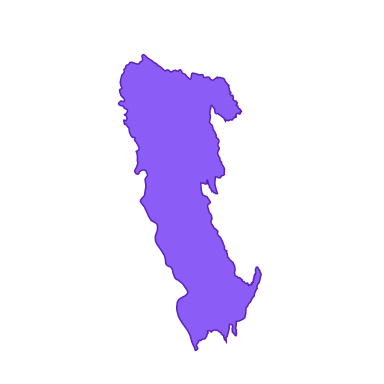 Coello, Tolima, Colombia (Natural Earth projection), rotated 142°
{"feature_id": "7082276B29903133765391", "entity_name": "Coello", "entity_type": "district", "adm_level": 2, "iso_a3": "COL", "parent_name": "Colombia", "parent_adm1": "Tolima", "projection": "natural_earth1", "projection_center": [-74.938, 4.361], "detail": "fine", "context": "isolated", "style": "filled", "palette": "violet", "viewbox_px": 384, "rotation_deg": 142, "n_neighbors": 0, "source": "geoboundaries", "source_scale": "gbopen_adm2", "svg_char_len": 6016}
<svg xmlns="http://www.w3.org/2000/svg" viewBox="0 0 384 384"><g transform="rotate(142 192 192)"><path d="M265.2,115.2L268.8,115.4L271.4,114.2L275.2,110.4L276.8,107.9L279.1,102.8L279.7,100.0L280.3,95.3L280.7,85.6L281.9,79.8L284.6,73.4L286.3,66.5L286.9,65.2L286.0,64.7L284.3,64.8L283.6,65.4L283.1,68.0L282.6,68.7L281.1,69.5L279.9,69.4L279.2,69.7L278.4,70.7L277.9,70.7L276.5,69.5L275.4,69.8L273.8,69.3L272.4,68.4L269.9,69.0L266.9,71.0L266.0,71.0L265.7,72.9L264.9,72.9L263.2,71.3L263.1,70.0L262.8,69.7L261.7,70.0L259.7,69.8L257.1,67.3L256.7,65.5L255.9,63.4L256.1,62.2L255.8,60.0L255.3,59.4L256.4,58.2L256.5,57.1L257.3,55.7L256.9,54.6L257.1,53.0L256.0,54.4L255.2,56.3L253.2,56.5L246.9,61.4L244.2,64.6L243.9,64.7L243.1,64.2L242.1,62.0L243.5,60.3L244.7,59.5L245.9,57.4L246.5,56.7L246.1,55.0L246.3,53.0L246.0,51.7L245.7,51.7L244.0,53.0L243.8,54.0L241.9,56.1L241.7,58.0L240.5,58.6L238.6,60.5L237.0,62.6L236.1,62.5L234.6,61.5L232.6,60.9L229.7,60.4L227.8,60.4L224.1,63.5L223.3,64.7L222.0,65.8L220.7,67.7L218.9,67.6L216.1,69.2L213.7,69.3L209.8,71.3L206.9,71.8L206.1,72.9L205.5,73.3L202.2,75.2L199.8,75.9L199.2,77.4L198.7,77.9L197.3,78.7L195.4,79.1L193.7,80.1L188.2,84.6L187.8,85.4L187.7,86.9L186.9,88.4L187.0,90.2L186.5,92.4L187.6,93.1L189.7,91.8L190.4,91.0L191.2,89.3L191.9,88.7L192.6,88.8L192.8,87.9L193.4,88.1L194.5,87.9L194.8,87.0L195.8,86.6L196.2,85.7L197.4,85.5L197.8,84.4L199.0,84.1L199.3,83.2L200.2,83.3L200.6,83.7L201.5,83.6L201.4,82.5L201.9,82.1L203.2,82.8L204.0,83.7L204.8,83.4L204.9,84.8L204.3,85.5L204.3,86.0L205.9,86.7L206.3,87.3L206.2,89.4L207.4,90.6L206.5,91.9L207.1,92.8L206.8,93.3L206.9,94.1L207.4,95.5L208.5,96.0L208.5,97.5L209.5,99.5L207.9,102.7L206.2,103.8L204.3,106.9L203.1,110.9L203.9,115.2L203.8,119.0L202.2,121.7L201.9,123.5L200.8,124.1L201.7,126.1L201.6,127.1L200.3,128.5L198.5,134.2L197.6,138.6L197.9,139.9L198.0,142.4L197.3,144.0L196.3,144.5L195.8,145.3L196.2,148.4L196.9,150.2L196.3,152.3L196.3,154.7L195.6,156.6L194.7,157.4L192.7,158.6L191.2,161.5L190.9,162.8L190.9,165.4L188.5,171.3L187.3,172.2L184.1,172.3L183.6,173.4L183.1,179.1L184.5,181.2L185.4,183.4L184.8,184.2L184.7,185.4L182.4,189.6L179.6,193.7L178.2,192.8L177.9,191.9L177.2,191.4L176.9,190.3L175.0,189.2L174.9,190.3L173.9,190.6L173.8,191.6L173.2,191.9L172.6,191.7L173.0,190.5L174.2,188.1L174.5,186.1L175.4,185.0L175.2,182.5L175.8,181.5L175.5,180.3L175.9,180.0L175.0,179.5L175.3,178.3L174.5,177.4L174.4,176.3L172.9,175.0L171.4,179.1L169.5,183.4L167.7,186.0L165.4,188.1L164.5,189.5L163.7,189.3L162.3,186.8L160.7,185.7L158.7,186.6L157.0,185.8L155.7,185.9L154.7,187.6L153.6,188.3L153.1,189.5L152.6,189.7L151.8,191.2L151.1,196.9L150.4,197.2L150.3,197.6L150.7,199.2L149.1,201.8L149.1,203.4L148.3,206.3L146.5,208.1L144.4,208.9L143.4,210.1L143.0,212.5L142.5,213.4L142.0,213.9L140.2,214.7L138.8,216.4L138.8,217.7L139.1,218.7L138.9,221.2L138.0,221.8L137.6,222.5L137.7,223.3L137.2,224.4L136.8,228.2L135.3,231.5L135.1,232.9L135.5,234.2L135.4,236.2L131.9,239.2L130.6,240.8L129.9,242.4L128.7,243.8L126.9,245.8L125.4,246.5L125.1,247.8L123.1,248.1L123.1,243.5L124.8,240.7L125.0,239.8L124.6,238.6L123.2,237.8L123.1,236.6L121.9,233.6L121.8,232.2L121.3,230.6L121.8,229.0L122.0,227.0L120.7,227.7L119.6,225.8L118.0,225.4L117.4,225.6L116.9,224.8L115.7,223.9L114.5,224.4L113.2,224.4L112.5,224.9L111.7,224.0L111.1,223.8L110.8,224.0L110.8,224.8L110.0,225.1L110.0,225.8L109.7,226.1L107.1,225.9L106.9,225.6L107.0,224.7L106.5,224.1L105.8,223.9L104.4,225.5L103.8,224.8L103.3,225.1L103.2,228.0L103.9,229.4L103.0,231.7L103.7,233.0L103.2,233.7L102.1,233.6L101.9,234.4L101.4,234.6L101.5,235.1L101.2,236.4L102.4,237.5L102.7,239.8L101.6,240.5L100.4,242.8L100.6,243.3L101.4,243.4L101.7,245.8L101.4,246.2L100.6,246.0L100.2,246.2L100.1,248.9L98.9,250.4L98.8,251.9L97.9,252.5L97.7,253.5L97.3,253.5L97.8,255.1L97.5,256.3L97.7,258.8L97.1,260.7L97.2,262.0L99.5,265.2L100.8,265.9L100.9,265.7L101.5,265.9L101.4,267.0L106.3,267.0L107.5,268.0L108.2,269.7L107.8,270.6L107.8,271.9L109.3,273.3L110.6,273.7L112.1,274.9L111.3,277.9L114.4,280.0L115.0,281.3L118.0,285.1L118.5,285.4L119.5,285.3L122.4,282.5L123.3,282.0L124.0,282.1L124.5,282.7L124.5,283.9L125.0,286.0L124.8,288.6L126.2,291.3L126.4,292.2L125.9,293.3L125.8,295.3L127.3,296.1L128.5,295.7L129.1,296.1L130.1,298.2L131.8,298.9L134.6,299.4L135.0,300.1L135.6,302.7L136.5,303.6L138.2,303.8L138.9,304.6L139.7,309.5L140.9,312.6L141.1,315.3L142.4,317.7L142.6,319.7L144.4,324.6L144.9,328.5L145.5,330.0L146.5,330.4L147.8,330.0L148.7,327.8L150.2,326.0L153.1,326.4L155.1,325.6L156.7,326.9L159.3,331.0L160.8,332.2L161.4,332.3L162.0,331.8L163.9,331.6L165.7,332.2L167.1,331.7L167.8,330.6L170.1,330.5L171.5,328.2L173.1,327.6L175.3,327.4L180.9,322.8L182.4,320.1L183.1,317.0L184.3,316.8L185.8,317.2L186.5,316.8L187.7,314.4L188.1,312.5L188.6,312.0L188.4,309.0L188.0,308.6L188.0,307.9L188.5,306.1L189.2,305.3L190.2,305.4L191.9,307.5L194.8,307.3L195.6,306.7L195.7,305.6L195.0,304.0L193.4,302.5L193.6,301.1L193.4,300.6L193.7,299.5L192.2,296.9L192.2,296.4L193.5,295.2L195.8,294.1L197.5,294.6L197.7,293.9L197.1,293.3L197.0,292.4L197.7,290.1L200.1,288.6L201.0,290.3L201.7,290.6L202.5,288.8L203.1,288.0L203.4,286.9L202.3,286.0L202.6,285.1L202.4,281.0L204.3,278.0L205.5,273.8L205.3,271.7L203.8,270.6L203.5,269.3L204.9,269.0L205.4,268.1L205.4,264.9L206.2,260.0L207.2,258.3L208.7,258.0L211.0,258.3L211.9,255.6L213.7,252.8L215.8,250.4L216.9,248.0L220.1,245.9L223.7,244.3L224.3,243.8L224.6,243.1L224.9,241.2L223.9,239.3L222.5,239.3L221.1,240.2L219.4,240.3L217.6,239.9L216.0,238.7L215.3,237.2L216.2,233.4L217.3,232.1L219.8,231.6L221.2,230.9L224.7,225.0L231.3,218.8L232.4,218.3L237.0,217.5L238.5,216.4L238.7,215.1L238.7,209.7L241.2,199.2L241.6,195.5L241.6,194.3L239.8,190.3L239.4,188.8L239.6,187.5L241.0,185.2L243.3,182.8L247.1,180.5L248.3,179.5L250.4,176.8L251.0,175.6L251.7,172.6L252.1,165.8L252.8,159.1L254.1,155.9L256.8,151.7L256.9,150.3L256.6,148.8L254.9,145.7L255.3,142.9L257.0,139.3L258.4,134.8L258.1,132.7L257.3,131.5L255.8,125.7L256.4,117.0L257.5,115.0L259.3,114.5L261.1,114.4L265.2,115.2Z" fill="#8b5cf6" stroke="#5b21b6" stroke-width="1.5"/></g></svg>